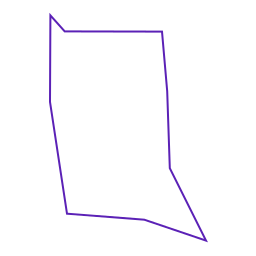 Umm Salal, Albers equal-area conic projection
{"feature_id": "QAT-1107", "entity_name": "Umm Salal", "entity_type": "Municipality", "adm_level": 1, "iso_a3": "QAT", "parent_name": "Qatar", "parent_adm1": "", "projection": "albers", "projection_center": [51.351, 25.463], "detail": "fine", "context": "isolated", "style": "outline", "palette": "violet", "viewbox_px": 256, "rotation_deg": 0, "n_neighbors": 0, "source": "natural_earth", "source_scale": "10m", "svg_char_len": 237}
<svg xmlns="http://www.w3.org/2000/svg" viewBox="0 0 256 256"><path d="M50.4,15.4L64.7,31.4L162.0,31.6L167.2,91.3L169.8,168.2L206.0,240.6L144.3,219.7L67.0,213.7L50.0,101.9L50.4,15.4Z" fill="none" stroke="#5b21b6" stroke-width="2"/></svg>